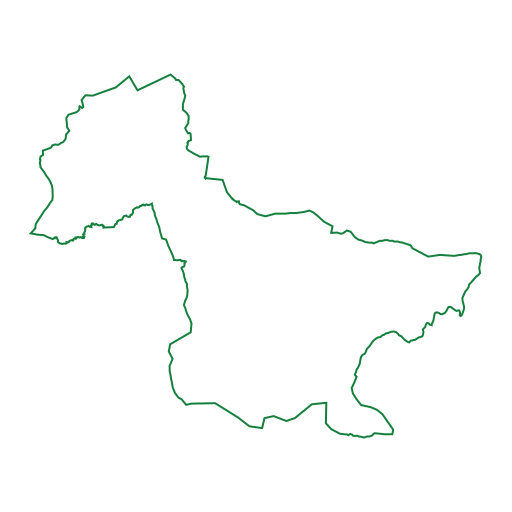 Gwaram, Jigawa, Nigeria (Robinson projection)
{"feature_id": "59680162B43366957039329", "entity_name": "Gwaram", "entity_type": "district", "adm_level": 2, "iso_a3": "NGA", "parent_name": "Nigeria", "parent_adm1": "Jigawa", "projection": "robinson", "projection_center": [9.954, 11.204], "detail": "fine", "context": "isolated", "style": "outline", "palette": "green", "viewbox_px": 512, "rotation_deg": 0, "n_neighbors": 0, "source": "geoboundaries", "source_scale": "gbopen_adm2", "svg_char_len": 5972}
<svg xmlns="http://www.w3.org/2000/svg" viewBox="0 0 512 512"><path d="M30.7,233.4L37.9,234.7L43.9,235.2L46.9,236.8L52.7,239.1L53.5,238.6L53.9,238.1L54.9,238.2L55.0,237.4L56.1,237.1L56.7,237.4L56.8,238.0L57.8,239.9L58.1,240.9L57.9,241.9L59.0,242.9L60.1,243.5L61.3,243.5L62.2,244.1L63.3,243.6L66.1,243.6L66.6,242.9L66.4,242.1L66.8,242.0L67.6,242.7L69.2,241.8L69.4,240.9L72.1,240.0L72.7,240.6L73.3,240.3L73.3,239.7L73.7,238.9L74.8,238.6L75.6,238.8L76.4,238.4L76.5,237.7L76.1,237.4L78.3,237.0L79.3,237.6L80.3,237.2L81.3,237.4L82.0,238.1L83.0,238.0L83.8,238.1L84.1,237.7L84.3,236.9L83.3,237.0L83.0,236.4L83.4,236.0L83.6,235.2L83.2,234.5L84.5,233.9L84.2,233.4L84.2,232.5L84.8,231.5L85.3,230.1L85.1,229.6L85.0,229.0L85.3,228.4L85.2,227.9L85.6,227.3L86.2,226.8L86.9,226.5L88.0,226.3L88.5,225.9L89.9,226.8L91.4,227.0L91.3,226.4L90.8,225.9L91.6,225.3L92.0,224.7L91.5,224.1L91.8,223.6L92.4,223.4L92.9,223.4L94.3,224.7L94.8,224.9L95.3,224.3L96.3,224.0L97.3,224.8L98.7,225.3L99.9,225.4L101.8,224.7L102.5,225.2L103.0,225.3L103.5,225.9L102.9,226.1L103.5,226.8L103.5,227.7L104.6,227.5L113.8,227.1L115.5,224.0L116.6,223.9L117.0,222.6L116.9,221.9L117.6,221.2L119.2,220.2L121.7,219.7L122.3,219.3L122.5,218.4L123.9,216.2L126.1,215.5L127.4,216.6L128.9,216.9L129.8,216.8L130.5,214.9L131.7,214.9L132.4,213.6L133.1,212.7L132.9,211.1L133.0,210.1L134.4,208.8L135.5,208.1L137.0,207.3L137.9,207.7L139.3,207.0L140.1,206.0L141.5,205.9L142.2,205.0L143.2,204.6L143.8,205.2L144.9,205.5L145.5,204.8L146.5,204.4L147.4,204.9L148.7,205.1L150.4,204.5L151.8,203.7L151.8,204.2L152.5,205.8L152.5,208.2L154.7,213.0L154.7,214.6L155.4,216.9L156.2,218.5L157.6,223.3L159.1,226.5L160.2,232.1L162.1,238.4L166.1,239.6L168.5,246.3L172.9,255.8L173.6,258.2L174.0,260.1L175.7,260.0L176.9,260.3L180.4,259.8L181.5,261.2L182.6,260.8L183.6,261.2L184.8,261.1L185.8,261.5L185.4,262.3L184.5,263.0L184.5,265.3L184.2,266.3L183.8,266.7L182.3,267.0L181.5,268.0L182.6,270.4L183.7,273.4L184.2,276.5L184.6,278.2L185.2,279.4L185.4,281.2L186.9,283.9L187.0,286.5L187.6,290.6L187.3,295.3L186.6,297.9L185.2,300.6L184.8,302.0L184.1,304.2L184.1,305.6L185.5,308.7L186.6,312.5L187.9,315.5L189.8,318.8L191.5,323.5L190.7,332.3L170.1,344.3L168.8,351.5L172.6,358.9L169.6,365.9L169.7,371.5L170.4,374.6L171.2,379.4L171.7,381.3L172.7,387.4L174.9,392.9L178.5,397.7L181.6,399.2L186.1,404.8L191.6,403.6L215.1,403.2L238.2,417.6L249.4,426.3L262.1,428.1L264.5,418.1L273.7,416.1L286.4,421.0L294.9,418.1L311.8,404.3L326.3,402.8L325.9,423.3L331.2,429.1L339.8,433.7L345.5,434.4L346.9,434.4L348.4,435.2L350.2,433.9L352.0,434.6L353.3,435.9L357.6,435.9L359.1,436.6L360.5,436.6L363.3,437.4L364.8,437.4L366.9,436.5L369.0,436.5L371.9,435.7L373.3,434.1L374.7,433.2L384.9,434.3L392.3,434.2L393.2,430.0L393.0,429.7L393.0,429.4L382.5,414.3L377.1,409.9L370.5,407.1L361.1,405.1L356.4,398.9L352.9,393.5L351.7,387.9L354.2,382.8L356.6,376.8L354.8,374.7L356.2,371.5L356.6,369.6L358.0,367.6L359.6,364.2L360.9,357.1L361.6,356.0L362.6,354.8L364.6,353.9L365.4,352.8L367.0,348.8L369.6,346.1L372.3,342.1L373.3,340.8L375.9,338.6L377.8,337.5L380.3,337.1L382.4,335.3L384.2,334.7L385.9,333.4L388.3,332.9L391.1,331.8L393.8,331.5L395.9,332.0L398.2,334.0L399.0,335.3L401.3,336.2L404.3,339.5L407.8,342.0L409.1,342.4L410.7,340.7L415.2,339.8L418.7,337.4L420.4,337.1L422.2,336.4L422.8,335.3L423.5,332.2L422.8,329.4L425.2,327.0L425.9,324.5L426.9,323.2L428.0,323.0L429.1,323.7L429.9,324.7L431.7,325.2L432.0,323.4L432.6,322.6L432.8,321.3L433.4,320.7L434.1,316.6L434.7,313.7L435.6,312.6L437.3,312.4L439.0,313.1L440.6,314.1L442.2,314.2L444.9,312.9L446.1,311.5L447.9,307.9L448.9,306.9L450.9,307.0L455.0,310.1L456.4,310.9L458.9,310.3L459.6,311.2L460.1,313.0L459.7,315.1L460.4,316.0L461.4,315.6L462.3,313.9L463.4,310.8L464.0,308.9L464.1,306.9L462.5,300.4L462.4,298.0L465.2,291.6L467.3,289.2L468.7,286.8L469.0,284.6L471.5,282.0L476.5,276.3L477.9,275.5L480.0,273.1L479.2,267.5L479.9,265.1L479.9,263.5L480.6,261.9L480.6,259.5L481.3,257.1L480.5,254.7L479.1,254.0L476.3,253.2L469.1,253.3L466.3,254.1L464.2,254.2L460.6,255.0L459.2,255.0L454.2,255.9L440.0,254.9L428.2,256.6L412.3,248.2L410.7,245.3L401.4,242.3L399.9,242.3L397.8,241.5L394.2,241.6L392.8,240.8L389.3,240.8L387.8,240.1L385.0,240.1L381.3,241.0L379.9,240.8L373.6,243.4L372.2,242.7L370.0,242.7L365.0,242.0L363.6,241.2L361.5,240.4L358.6,239.7L355.0,237.3L350.6,231.7L346.8,230.5L343.2,233.2L341.3,233.7L339.2,233.3L337.2,232.6L331.2,232.9L332.5,226.3L324.0,221.7L318.1,216.3L313.3,212.4L309.4,210.6L303.7,212.0L296.4,213.0L289.8,213.1L285.9,213.6L275.1,213.7L265.4,216.3L257.3,214.1L253.1,210.2L244.3,205.4L239.7,204.2L239.0,202.4L238.9,201.3L238.2,201.3L237.6,201.5L236.7,202.1L235.9,201.2L235.3,201.1L233.5,199.8L232.8,198.9L232.5,199.1L226.9,192.1L222.6,179.9L205.9,178.2L205.7,178.4L205.6,178.1L205.3,178.2L204.8,177.7L204.7,176.9L205.7,175.8L208.5,156.8L207.6,156.4L203.0,156.4L199.6,156.7L196.8,155.0L194.2,153.8L188.3,150.3L186.9,148.7L186.6,147.2L187.2,145.7L187.7,144.8L187.8,143.9L187.4,142.8L188.0,142.2L188.1,141.4L188.7,140.9L189.7,140.7L191.0,140.1L190.6,134.5L190.4,133.5L189.7,133.0L188.0,133.3L185.8,129.7L185.2,128.0L188.4,122.8L188.2,121.2L188.7,119.1L188.6,115.9L186.5,112.8L182.9,109.7L182.9,104.1L184.5,99.0L185.3,95.7L184.2,93.0L183.4,88.5L183.5,87.5L184.0,86.7L182.1,83.8L178.5,80.0L175.9,79.9L175.2,78.4L170.5,74.6L137.5,90.3L129.3,76.4L128.0,77.4L115.7,87.5L109.3,89.7L92.9,95.6L85.5,95.3L81.6,100.0L83.0,105.0L83.2,106.3L83.1,107.4L82.2,108.0L79.6,106.3L79.4,106.9L79.3,108.1L79.4,109.3L78.3,110.7L76.5,112.2L68.5,114.7L66.3,118.0L67.0,125.5L66.9,126.8L67.6,128.0L67.8,128.6L68.2,128.9L69.3,131.0L68.2,132.0L67.0,133.6L66.2,134.2L65.6,138.8L64.4,140.6L63.2,142.0L60.8,143.1L58.5,144.8L54.9,144.5L52.4,145.3L51.1,147.5L48.0,148.9L42.9,150.6L43.0,155.0L40.6,156.5L39.9,159.3L40.5,160.0L39.8,163.1L40.3,165.0L40.5,167.3L44.3,172.3L46.3,175.8L48.3,178.3L50.5,182.1L51.9,185.6L52.5,189.0L52.7,196.5L52.4,200.0L50.7,202.0L47.4,207.2L44.2,211.0L35.7,224.1L35.3,228.4L30.7,233.4Z" fill="none" stroke="#15803d" stroke-width="2"/></svg>